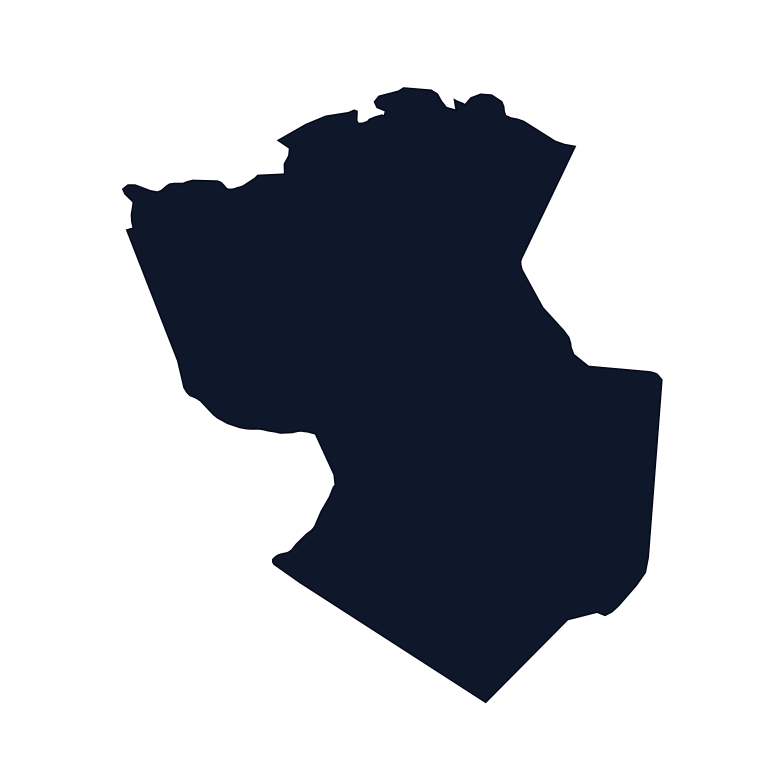 the Department of Agnéby, rotated 278°
{"feature_id": "CIV-3451", "entity_name": "Agnéby", "entity_type": "Department", "adm_level": 1, "iso_a3": "CIV", "parent_name": "Ivory Coast", "parent_adm1": "", "projection": "natural_earth1", "projection_center": [-3.837, 6.123], "detail": "fine", "context": "isolated", "style": "filled", "palette": "ink", "viewbox_px": 768, "rotation_deg": 278, "n_neighbors": 0, "source": "natural_earth", "source_scale": "10m", "svg_char_len": 1921}
<svg xmlns="http://www.w3.org/2000/svg" viewBox="0 0 768 768"><g transform="rotate(278 384 384)"><path d="M325.1,323.0L326.0,315.3L325.9,308.2L325.2,305.2L323.2,300.0L321.0,288.2L321.5,282.5L321.5,276.4L322.1,270.2L322.1,266.9L320.8,257.4L320.6,253.9L320.9,247.0L323.2,234.6L327.2,224.1L329.8,219.6L341.8,204.6L343.8,200.3L345.0,196.3L345.6,193.5L348.2,190.1L352.5,186.5L378.1,176.6L500.7,107.8L503.5,114.0L509.6,111.7L516.4,110.3L526.9,110.5L529.3,110.3L536.1,101.1L540.6,98.2L545.4,102.8L546.4,109.8L542.8,125.7L542.5,132.7L544.3,136.3L550.2,141.6L552.1,143.9L553.3,148.1L554.6,157.1L556.8,160.9L559.0,166.2L561.8,191.0L560.8,194.7L558.4,197.8L556.1,200.3L555.1,202.2L555.6,206.4L556.8,209.5L558.1,211.8L558.6,213.4L560.5,217.0L569.9,227.7L573.0,229.9L578.0,256.4L588.0,254.7L596.8,258.0L604.4,257.7L610.5,245.2L630.2,270.7L641.0,289.0L647.8,311.2L651.0,316.4L650.3,319.4L641.0,320.3L638.3,322.5L639.4,327.0L641.6,331.1L644.1,332.8L647.4,338.6L650.0,344.8L649.2,346.9L654.6,347.6L656.9,338.6L662.1,335.3L668.2,338.9L676.1,357.8L679.9,362.2L681.5,389.9L678.5,396.6L672.2,401.3L666.4,407.3L665.1,417.9L667.8,416.5L675.3,414.2L674.3,416.7L672.8,422.8L671.8,425.4L679.4,430.3L684.4,439.4L685.1,450.4L679.9,461.3L675.5,463.9L670.6,465.1L666.7,467.1L665.1,472.5L664.7,479.6L663.5,485.7L648.2,519.6L646.3,529.3L645.9,540.3L527.4,502.7L524.3,502.2L520.6,503.0L516.3,504.8L481.7,530.6L461.8,554.6L455.9,560.4L450.5,563.0L446.6,564.0L439.6,567.7L429.9,584.0L433.0,645.5L432.7,649.1L431.8,653.0L426.8,658.6L249.0,669.8L233.8,669.0L219.8,661.9L197.6,647.5L190.2,641.5L185.6,635.1L187.7,626.7L176.2,598.6L82.9,529.0L175.6,328.6L190.2,300.1L192.3,298.6L194.9,298.3L198.3,301.1L200.2,303.6L201.5,306.5L203.4,311.8L204.9,313.8L206.6,315.6L213.1,319.4L224.7,328.3L228.2,332.0L230.2,333.5L233.2,335.2L249.0,339.5L264.6,345.8L274.8,348.3L277.1,349.8L287.3,347.2L325.1,323.0Z" fill="#0f172a" stroke="#020617" stroke-width="1.5"/></g></svg>